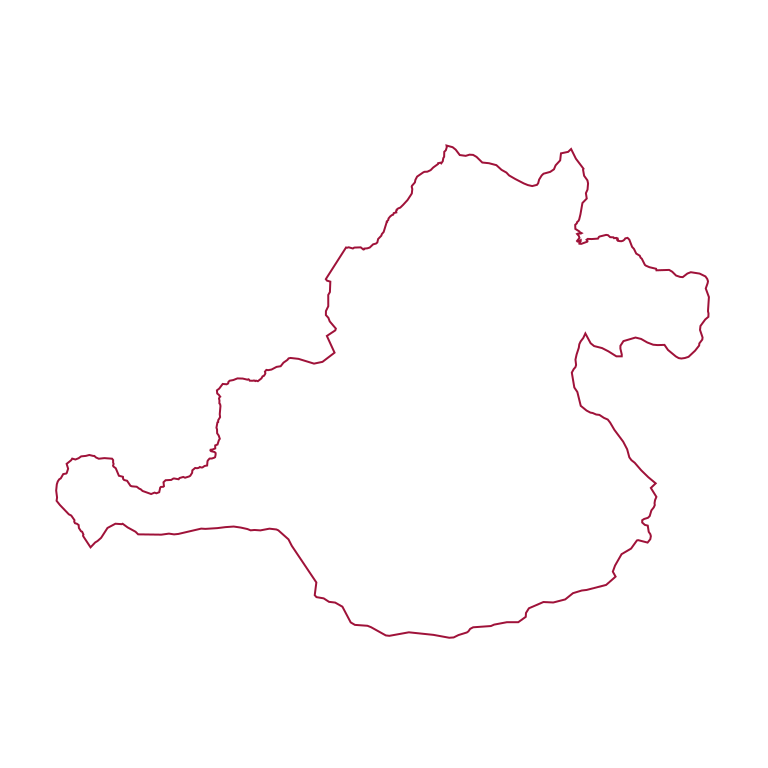 San Pedro y San Pablo Ayutla, Oaxaca, Mexico (Natural Earth projection), rotated 275°
{"feature_id": "50627088B37574101781202", "entity_name": "San Pedro y San Pablo Ayutla", "entity_type": "district", "adm_level": 2, "iso_a3": "MEX", "parent_name": "Mexico", "parent_adm1": "Oaxaca", "projection": "natural_earth1", "projection_center": [-96.113, 17.038], "detail": "fine", "context": "isolated", "style": "outline", "palette": "rose", "viewbox_px": 768, "rotation_deg": 275, "n_neighbors": 0, "source": "geoboundaries", "source_scale": "gbopen_adm2", "svg_char_len": 6132}
<svg xmlns="http://www.w3.org/2000/svg" viewBox="0 0 768 768"><g transform="rotate(275 384 384)"><path d="M276.8,74.8L272.1,76.7L267.7,75.7L267.1,75.2L266.3,72.3L261.8,70.2L260.8,68.8L258.5,67.5L255.5,66.8L249.3,66.7L242.4,68.2L239.1,68.0L235.3,71.6L226.7,81.4L225.7,83.9L221.4,87.5L219.8,87.4L218.4,88.3L218.0,90.3L216.9,92.1L214.0,92.6L210.9,95.0L210.5,96.2L207.8,97.7L207.1,97.4L206.2,97.6L195.7,105.9L201.0,110.1L202.6,112.3L206.1,115.6L216.5,121.1L221.4,128.6L221.5,134.9L222.0,135.8L218.8,141.1L215.2,149.3L212.8,152.2L214.5,175.3L216.2,182.8L215.9,188.0L216.7,192.2L224.0,214.5L224.1,218.7L225.9,230.5L227.6,238.5L228.9,246.7L228.5,253.8L227.6,260.6L226.6,263.9L227.3,267.7L227.4,273.6L229.9,282.5L229.7,289.5L229.0,291.5L220.9,302.4L214.8,306.2L180.4,333.9L167.6,333.4L165.8,335.3L165.2,342.6L162.2,348.2L162.0,354.4L158.5,362.0L143.6,371.6L141.5,376.0L141.7,388.6L140.6,392.3L133.7,407.7L133.6,411.3L138.8,430.4L138.4,455.1L136.9,471.1L137.6,475.5L140.4,480.1L143.7,488.2L144.9,489.6L147.6,491.2L149.4,494.0L152.2,511.6L153.9,514.7L157.4,527.1L158.4,538.5L164.4,545.5L168.3,545.4L173.2,547.9L180.7,561.8L181.1,571.7L185.2,583.3L192.1,590.5L195.5,599.0L196.5,603.8L203.2,622.8L212.3,631.5L217.0,628.3L223.3,630.0L235.2,635.5L241.6,644.5L250.2,649.6L250.6,650.8L249.0,660.4L252.6,662.8L255.7,663.1L257.6,662.4L259.8,660.6L265.9,659.1L266.4,656.1L268.5,653.3L270.8,653.1L272.2,654.9L273.7,658.6L275.6,660.2L281.4,661.4L284.6,663.5L287.0,664.3L288.8,663.9L291.8,664.1L295.3,665.2L303.7,658.9L308.7,663.3L314.2,655.4L320.5,647.7L327.4,640.6L329.7,637.1L332.3,634.8L340.2,631.9L347.4,627.3L358.4,617.5L365.3,612.6L368.1,610.0L369.4,606.1L372.0,601.3L372.1,598.0L373.3,594.4L373.5,592.1L375.2,588.1L379.4,581.9L392.9,577.3L397.1,573.9L411.7,570.1L415.4,571.7L417.4,573.2L419.7,573.7L425.0,572.6L430.2,573.3L437.1,574.9L440.6,575.1L443.6,576.2L447.2,578.5L451.9,580.2L442.6,586.3L440.1,590.0L438.8,598.1L436.1,604.7L431.8,613.1L432.3,618.4L434.1,618.3L439.9,616.4L442.7,616.2L447.6,618.8L452.2,630.5L451.3,636.2L448.3,642.7L446.6,648.7L446.6,653.1L447.4,660.0L442.7,663.9L436.9,672.3L435.5,675.3L435.3,678.0L436.1,681.4L437.6,685.0L444.3,691.0L449.8,694.6L451.9,694.6L456.0,697.2L458.1,697.3L465.4,694.1L469.4,694.2L476.3,698.4L479.2,701.3L482.6,701.1L484.8,700.4L498.9,700.1L507.2,696.2L512.6,697.6L514.6,697.8L516.9,696.8L519.2,694.8L521.5,688.8L522.1,679.9L520.5,676.6L516.5,672.3L516.5,669.6L517.5,665.5L521.0,661.3L522.5,658.1L521.0,645.5L522.5,645.0L523.5,638.2L524.7,634.6L525.4,633.5L531.3,629.9L532.2,628.6L534.1,627.6L535.9,623.9L540.4,621.2L542.2,619.2L549.2,615.8L550.8,613.9L550.1,611.7L548.6,610.8L547.5,609.5L546.9,607.9L546.9,605.9L547.1,604.4L547.9,603.7L548.4,604.4L549.4,604.1L549.8,602.8L549.3,600.4L550.1,599.8L550.0,596.5L551.8,594.1L551.9,592.3L549.7,585.9L549.1,585.2L547.5,584.5L546.5,578.3L546.3,574.3L545.3,573.2L544.1,574.3L543.5,574.1L540.8,568.3L540.8,566.4L541.3,566.3L543.4,567.5L544.4,567.4L542.8,564.9L542.8,564.3L543.3,563.8L546.6,566.0L548.6,565.1L550.3,563.3L550.7,564.0L551.1,567.1L551.5,567.7L552.4,565.6L553.0,565.3L555.2,561.1L559.2,560.6L560.9,562.1L562.0,562.2L563.4,563.5L564.9,564.1L570.1,564.9L581.6,565.9L586.4,569.8L591.7,568.5L595.4,569.8L601.6,569.8L604.6,568.9L608.9,565.2L614.9,563.6L615.8,564.0L625.2,555.5L634.4,549.9L631.3,547.2L629.2,540.2L622.1,540.0L616.8,535.9L612.7,534.6L609.8,531.1L607.4,524.6L605.5,522.9L601.1,520.7L597.5,520.1L595.7,519.0L594.1,514.4L594.7,510.0L596.0,505.8L599.7,496.8L602.7,490.4L605.3,487.5L607.6,482.4L611.8,476.9L613.1,469.3L613.2,462.6L618.3,456.4L620.0,452.8L619.9,449.2L618.4,445.5L618.7,439.5L623.7,435.0L625.9,431.7L627.0,425.5L625.4,425.9L623.1,425.4L622.2,425.2L620.6,423.8L615.6,424.1L614.2,423.4L611.0,423.1L608.8,421.8L609.4,421.0L608.7,418.7L607.9,418.7L604.0,414.2L601.1,411.8L599.3,408.7L598.9,405.8L598.2,404.6L593.5,398.9L590.1,397.5L587.5,397.2L583.9,394.6L582.9,394.4L580.7,395.2L576.2,395.1L569.3,391.4L564.1,387.4L561.1,384.8L560.2,382.9L558.8,381.4L558.2,381.6L557.2,380.9L556.0,381.3L555.1,378.8L553.5,378.4L552.9,377.1L551.5,375.6L549.3,374.1L547.6,373.9L546.2,372.6L545.5,372.9L545.1,372.5L535.4,370.4L533.2,368.8L531.5,368.4L527.9,365.5L524.4,365.0L523.2,363.8L522.2,361.0L518.7,357.9L517.7,355.5L517.2,352.6L516.5,352.5L516.2,351.7L518.1,348.9L517.3,342.5L516.3,341.2L517.1,336.9L516.5,335.3L516.7,334.3L483.4,316.9L482.0,318.2L481.3,321.6L470.9,322.1L467.9,320.7L456.6,321.7L451.6,319.8L447.6,320.1L445.1,322.8L441.6,324.5L435.0,331.2L433.2,330.8L426.9,322.9L410.9,332.0L400.7,320.8L398.2,312.5L401.6,296.6L401.8,288.6L401.2,286.7L399.6,285.7L396.5,282.0L392.7,279.5L391.7,275.5L388.6,270.7L387.7,267.4L387.8,265.6L385.9,264.3L384.4,264.9L383.1,264.5L381.5,263.5L381.1,262.4L378.9,261.4L375.8,258.1L376.2,256.2L375.7,255.5L376.2,254.2L375.8,253.1L375.6,249.9L376.6,249.2L376.9,248.4L376.4,247.6L377.1,242.8L376.8,237.5L374.8,233.5L373.8,229.9L372.4,228.8L371.0,228.7L370.0,227.3L370.0,223.3L365.0,220.2L363.1,218.1L360.0,218.7L358.8,220.4L357.1,221.9L356.7,221.4L355.0,220.9L353.4,221.5L350.3,221.7L349.6,222.5L347.8,223.0L339.6,223.0L336.7,223.6L333.5,222.0L331.6,222.1L331.2,221.4L325.8,220.9L324.3,221.6L320.3,222.1L318.3,223.8L315.1,225.2L313.6,224.4L309.2,223.4L308.1,221.2L305.1,221.5L303.8,218.9L303.4,217.0L302.6,216.9L302.0,217.6L301.5,221.1L300.5,222.3L298.8,222.4L296.4,222.1L295.9,221.5L294.8,219.1L294.5,216.7L292.9,215.5L291.8,214.9L287.4,214.9L286.7,212.4L285.1,210.5L284.9,209.2L285.3,207.8L284.3,206.7L283.8,205.1L283.9,203.2L281.3,200.6L278.8,200.6L275.7,199.0L274.9,197.9L273.3,194.0L273.9,192.1L272.5,188.5L271.2,187.7L271.6,183.1L271.4,182.3L269.9,180.4L269.1,174.8L266.9,172.9L263.0,173.7L262.4,173.1L262.0,170.7L261.3,170.1L256.6,169.5L255.3,166.8L255.8,164.9L254.1,161.6L256.4,152.8L258.0,150.7L258.3,149.5L260.1,146.6L260.1,141.8L260.5,140.3L265.2,136.5L265.7,133.5L266.7,132.4L268.8,132.0L269.5,127.9L276.7,124.1L278.2,121.7L279.0,121.2L280.8,121.6L282.1,121.0L284.6,120.8L285.9,119.6L285.8,111.9L284.7,106.4L285.7,103.5L287.1,101.7L287.0,100.6L287.6,96.6L286.4,93.3L285.5,88.6L283.5,86.3L281.9,83.2L282.5,79.9L280.8,79.0L276.8,74.8Z" fill="none" stroke="#9f1239" stroke-width="2"/></g></svg>